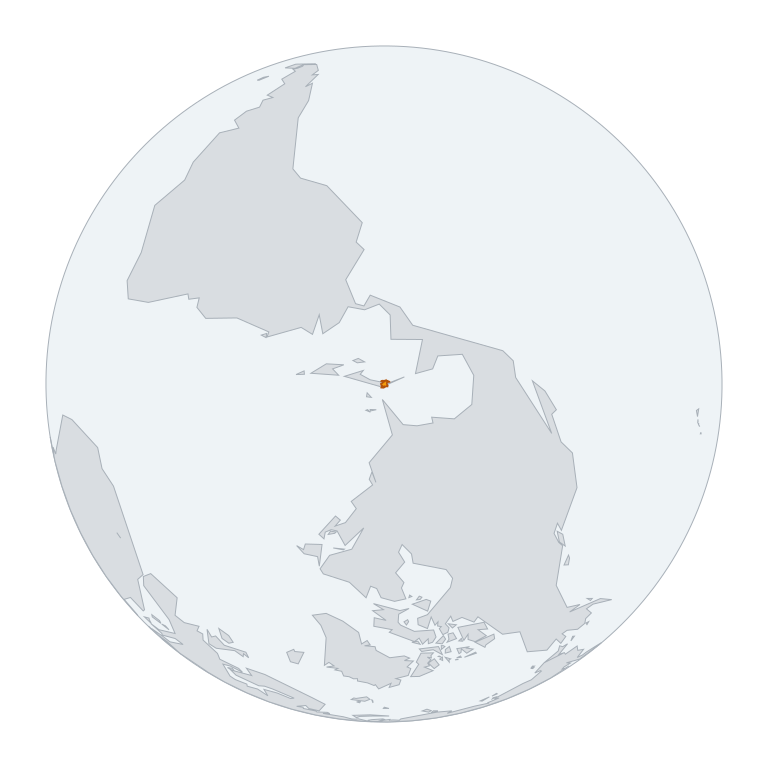 Matanzas highlighted on a globe, orthographic projection, rotated 172°
{"feature_id": "CUB-1430", "entity_name": "Matanzas", "entity_type": "Province", "adm_level": 1, "iso_a3": "CUB", "parent_name": "Cuba", "parent_adm1": "", "projection": "orthographic", "projection_center": [-81.101, 22.655], "detail": "fine", "context": "on_globe", "style": "filled", "palette": "amber", "viewbox_px": 768, "rotation_deg": 172, "n_neighbors": 0, "source": "natural_earth", "source_scale": "10m", "svg_char_len": 11857}
<svg xmlns="http://www.w3.org/2000/svg" viewBox="0 0 768 768"><g transform="rotate(172 384 384)"><circle cx="384" cy="384" r="338" fill="#eef3f6" stroke="#a8b0b8"/><path d="M401.0,467.5L393.0,464.1L385.3,473.9L357.5,458.0L347.4,438.2L261.7,400.4L252.8,389.0L252.7,372.1L224.8,311.7L236.6,366.5L225.6,354.7L216.9,334.5L222.1,330.7L216.7,302.0L207.0,289.5L207.3,254.5L228.7,214.4L231.6,222.0L236.4,212.4L233.0,202.8L229.6,199.0L241.5,160.6L233.8,137.3L220.6,138.4L231.9,132.4L199.6,141.4L188.5,138.8L207.7,136.9L214.8,133.2L210.5,128.4L216.9,123.7L218.5,119.0L226.4,114.2L237.0,114.6L242.4,111.8L239.1,108.7L245.0,102.6L249.0,107.5L259.7,97.8L279.4,98.9L283.9,119.7L301.4,119.7L323.4,140.4L328.0,135.7L339.3,142.0L348.8,139.3L350.2,144.8L356.6,138.0L353.5,133.5L355.3,129.3L360.6,127.6L363.3,134.0L361.0,135.8L364.6,136.9L363.6,141.0L367.1,138.0L369.7,146.7L375.0,135.8L383.7,140.9L383.3,147.3L373.1,149.5L346.6,173.2L343.1,182.1L348.3,191.6L380.1,202.5L380.4,211.9L388.4,222.5L393.0,215.4L388.3,204.8L398.8,195.4L391.9,184.6L395.1,179.6L392.2,168.2L403.8,167.3L416.6,172.8L419.7,182.5L425.4,185.6L431.5,174.8L445.9,192.5L470.5,204.4L473.0,209.9L461.7,221.9L438.9,224.9L424.1,244.3L445.0,229.5L450.9,245.0L456.6,247.1L462.8,245.5L465.0,239.0L469.4,244.3L450.4,260.0L446.2,255.3L452.2,250.1L441.5,252.1L428.8,264.4L432.8,272.3L409.3,285.6L411.9,291.7L408.2,298.6L405.7,287.7L409.7,308.1L382.8,332.4L387.8,368.9L370.7,341.1L357.1,338.0L340.9,338.6L341.4,344.5L319.2,339.7L299.9,351.5L293.9,380.1L302.3,402.5L326.8,404.3L333.7,392.2L351.4,389.9L339.7,422.7L370.9,427.3L368.3,451.5L377.6,463.8L392.9,460.2L408.8,465.5L419.8,451.0L437.6,442.3L438.5,461.6L447.9,443.1L458.2,451.6L493.3,446.8L490.8,451.6L520.5,469.9L551.4,473.8L558.6,485.9L555.0,495.0L565.5,495.1L565.6,500.5L606.0,497.6L625.4,503.9L624.0,522.1L606.1,548.0L586.1,592.8L553.0,613.7L542.0,630.3L511.9,655.6L492.1,657.6L495.3,666.1L482.2,673.3L468.7,675.5L464.3,681.9L454.2,683.2L459.4,686.3L440.5,695.1L442.8,700.1L428.3,706.0L430.3,708.4L425.7,708.7L420.3,710.0L419.0,711.4L406.2,709.8L405.4,703.7L412.0,700.1L406.1,699.7L420.4,689.3L413.0,691.8L419.2,675.2L431.9,659.5L444.3,609.7L438.0,599.5L413.0,588.3L383.1,546.8L391.8,528.4L385.0,519.9L407.4,492.6L401.0,467.5ZM75.8,315.6L78.1,308.1L78.3,314.3L75.8,315.6ZM78.6,302.6L78.0,305.3L78.3,302.8L78.6,302.6ZM78.2,300.2L78.5,301.9L77.8,300.7L78.2,300.2ZM77.2,297.9L77.8,298.8L77.7,299.0L77.2,297.9ZM386.6,381.3L422.2,397.1L402.6,400.3L406.2,396.9L397.1,390.1L380.2,384.1L362.8,388.2L386.6,381.3ZM76.9,292.1L76.9,290.5L77.7,290.6L76.9,292.1ZM401.3,360.7L395.2,359.6L401.1,359.2L401.3,360.7ZM227.1,198.3L232.3,203.2L233.0,214.1L227.9,210.3L227.1,198.3ZM226.6,179.3L230.9,179.7L225.1,188.9L224.5,185.8L226.6,179.3ZM209.7,140.9L212.7,143.4L207.6,142.7L209.7,140.9ZM217.3,119.2L214.4,120.2L216.5,117.5L217.3,119.2ZM386.0,169.7L389.1,169.0L388.0,171.4L386.0,169.7ZM381.9,165.7L378.6,169.0L376.1,167.6L378.2,165.6L381.9,165.7ZM230.5,107.8L234.7,103.6L232.3,107.9L230.5,107.8ZM386.6,162.0L372.2,164.8L367.9,162.5L372.4,153.0L386.6,162.0ZM238.4,101.2L248.4,91.9L242.8,92.9L264.2,85.7L248.6,95.4L246.5,100.3L243.6,99.0L238.4,101.2ZM350.2,132.9L353.7,137.6L345.9,135.5L350.2,132.9ZM344.7,132.7L318.1,134.1L315.5,127.0L325.0,127.6L317.7,120.5L329.6,116.2L336.3,119.3L335.6,124.5L340.6,119.0L344.7,132.7ZM274.4,83.7L278.3,81.9L276.2,84.0L274.4,83.7ZM355.4,127.4L350.2,128.0L347.6,121.8L357.5,119.5L355.2,122.2L355.4,127.4ZM310.0,121.0L309.9,116.4L319.4,111.5L320.7,109.2L329.7,115.6L310.0,121.0ZM358.5,122.8L362.6,118.6L368.6,120.2L360.2,126.5L358.5,122.8ZM342.8,121.3L342.1,118.4L345.7,119.2L342.8,121.3ZM392.4,124.4L386.3,124.6L384.4,121.2L392.4,124.4ZM363.7,117.0L361.6,116.6L360.2,115.5L364.1,113.2L363.7,117.0ZM335.8,112.0L339.8,111.2L332.6,109.1L339.5,105.9L344.3,111.0L345.1,107.5L347.2,106.5L348.7,111.8L335.8,112.0ZM363.8,107.8L372.2,114.0L384.0,113.9L385.9,116.7L366.6,116.4L363.8,107.8ZM354.8,109.6L360.8,109.0L360.2,112.5L355.8,115.0L354.8,109.6ZM342.4,102.2L330.6,105.7L330.0,104.6L342.4,102.2ZM367.3,107.0L365.2,105.6L368.2,106.6L367.3,107.0ZM350.2,102.7L346.1,104.0L345.5,102.6L350.2,102.7ZM364.4,102.0L367.1,103.8L364.1,105.4L364.4,102.0ZM358.0,101.7L358.1,99.6L361.5,104.9L356.2,102.5L358.0,101.7ZM350.3,101.2L348.6,100.8L352.1,100.9L350.3,101.2ZM373.9,95.2L378.9,101.5L372.4,104.9L368.5,98.2L373.9,95.2ZM426.8,713.0L406.9,710.6L418.4,711.7L428.3,709.0L438.0,710.8L426.8,713.0ZM455.1,704.8L465.4,702.2L467.3,702.5L460.6,704.5L455.1,704.8ZM639.3,162.6L633.1,156.0L622.1,144.2L639.3,162.6ZM602.5,126.3L601.8,125.7L597.5,122.1L599.6,124.2L619.6,142.2L623.6,145.8L634.5,158.9L642.2,166.6L648.3,174.3L637.6,164.4L631.9,158.5L619.2,154.0L626.2,161.0L638.6,166.3L638.7,168.0L648.2,179.2L641.0,172.0L625.6,166.0L629.6,180.6L650.0,217.7L649.1,226.9L641.4,228.7L618.6,201.1L623.1,184.0L615.0,175.5L600.9,169.8L603.5,165.6L598.3,161.7L598.8,155.6L586.4,140.4L584.9,134.3L567.5,122.6L564.3,118.3L575.5,126.1L582.5,129.0L577.1,116.2L572.4,112.0L561.6,105.9L561.5,103.8L551.6,99.5L542.4,91.4L545.4,98.3L532.7,92.8L520.4,85.6L516.7,85.4L536.8,97.5L544.4,101.4L550.0,102.6L571.1,116.3L575.6,122.2L555.6,113.7L559.8,121.7L542.4,112.9L498.7,83.3L486.9,75.0L493.7,69.4L503.6,73.1L506.2,76.5L515.4,77.0L509.1,75.1L509.0,73.9L496.9,69.6L496.2,68.6L485.7,66.7L483.5,65.1L490.3,66.3L470.5,60.1L462.6,56.8L458.5,56.0L456.2,56.1L447.8,52.8L445.1,52.4L446.8,53.2L442.5,53.3L431.7,52.5L429.4,51.4L433.0,51.5L437.0,50.7L446.9,52.1L444.9,51.7L435.7,50.3L430.8,51.1L424.9,51.0L425.8,50.0L425.1,50.4L421.4,50.0L415.6,48.9L414.0,50.0L377.2,51.7L362.3,50.9L367.2,49.1L339.0,52.4L324.4,53.4L326.1,53.8L313.7,57.1L318.0,56.7L317.9,57.3L288.0,68.1L279.2,70.6L268.1,77.8L269.0,78.4L274.9,76.8L264.2,85.7L242.8,92.9L242.0,91.2L229.2,97.7L229.2,93.3L223.3,93.5L230.7,86.3L225.4,87.9L220.9,90.4L210.3,95.2L204.5,97.7L207.9,95.6L228.7,84.3L242.2,82.5L238.3,81.7L245.0,78.8L247.2,77.0L244.0,77.3L240.1,79.1L260.1,69.6L283.0,61.5L306.4,55.1L330.3,50.4L354.4,47.4L378.6,46.1L402.9,46.6L427.1,48.8L451.1,52.8L474.7,58.5L497.9,65.8L520.4,74.8L542.3,85.4L563.3,97.6L583.4,111.2L602.5,126.3ZM721.9,378.1L721.4,365.2L720.7,359.0L720.5,367.6L718.8,360.3L717.9,364.0L706.4,398.0L698.0,392.2L676.4,360.9L675.0,339.4L666.1,320.5L649.1,228.8L655.1,224.8L652.6,193.7L654.0,192.8L664.8,207.9L671.3,206.9L661.0,190.9L659.9,188.8L673.7,210.0L685.9,232.1L696.4,255.1L705.1,278.8L712.1,303.1L717.2,327.9L720.5,352.9L721.9,378.1ZM666.2,268.0L669.3,274.0L666.2,268.0ZM494.4,446.4L498.7,449.5L493.1,450.4L494.4,446.4ZM400.1,408.6L407.5,408.7L411.5,411.6L405.9,412.9L400.1,408.6ZM461.5,404.7L469.8,405.6L461.3,408.1L461.5,404.7ZM427.7,399.0L454.9,404.8L438.3,412.0L421.1,408.6L432.8,406.1L427.7,399.0ZM398.4,372.5L403.1,373.8L401.9,377.6L398.4,372.5ZM405.6,360.5L403.8,360.9L401.4,358.0L405.6,360.5ZM452.0,244.1L453.6,243.0L460.2,242.8L457.5,245.7L452.0,244.1ZM486.7,227.0L493.0,236.1L486.7,231.2L484.2,236.5L467.7,233.7L473.4,212.6L473.8,222.3L486.7,227.0ZM447.3,225.4L457.1,228.7L446.2,226.0L447.3,225.4ZM569.3,149.2L573.7,148.9L579.8,154.6L581.6,164.9L572.8,156.5L569.3,149.2ZM578.5,147.5L558.1,137.6L556.1,131.7L560.7,136.5L561.4,133.6L568.9,140.7L587.0,145.7L593.5,151.2L593.4,165.7L589.9,157.5L585.8,157.9L578.5,147.5ZM509.6,131.5L500.7,129.4L507.9,118.8L515.3,122.0L517.7,131.8L510.3,133.8L509.6,131.5ZM397.3,145.7L393.4,147.3L392.7,145.2L395.3,142.2L397.3,145.7ZM389.7,124.7L413.3,137.4L410.1,139.6L427.8,145.5L426.2,153.9L414.8,149.6L426.8,161.1L415.9,160.6L425.0,168.0L399.8,157.4L390.4,158.2L401.5,154.0L403.2,146.1L401.1,142.9L388.3,134.8L369.1,133.5L367.7,126.2L371.8,121.5L376.2,120.7L375.7,125.5L382.0,121.0L384.6,127.4L389.7,124.7ZM421.1,82.8L418.7,86.6L431.7,82.8L434.4,87.5L435.8,86.8L441.9,90.3L451.6,93.6L451.3,95.9L455.2,96.3L459.3,99.0L464.6,100.5L465.9,105.4L472.4,107.7L469.3,108.8L480.3,111.7L472.7,111.8L477.3,116.0L482.2,113.7L476.6,140.9L480.1,153.8L487.1,165.0L473.2,164.9L457.8,154.9L443.7,141.5L442.4,129.7L436.4,132.3L434.0,127.6L439.7,127.5L429.4,125.1L428.9,121.3L416.4,112.1L401.8,111.9L396.8,109.0L402.3,107.3L393.5,105.6L400.5,100.6L397.1,98.5L400.6,92.0L413.2,90.6L408.5,88.5L410.9,84.1L421.1,82.8ZM375.3,93.3L389.7,89.5L398.3,90.5L388.6,101.6L390.7,104.1L384.8,112.3L372.5,110.9L375.3,108.6L375.2,106.2L379.1,107.5L375.9,104.6L379.6,101.5L378.2,98.6L383.3,98.0L375.3,93.3ZM649.3,184.9L649.2,183.2L647.7,179.2L653.6,186.7L649.3,184.9ZM639.2,180.9L638.2,178.0L645.9,185.6L646.0,187.9L639.2,180.9ZM631.1,170.5L637.6,177.3L634.1,174.9L631.1,170.5ZM573.9,123.6L572.1,120.7L574.4,121.8L578.5,125.0L573.9,123.6ZM460.3,76.1L457.6,77.3L455.4,76.5L444.7,76.6L441.8,73.7L447.2,72.5L460.3,76.1ZM648.6,173.8L650.9,177.1L649.3,175.0L648.4,173.6L648.6,173.8ZM455.4,73.0L451.3,73.2L452.4,71.7L455.4,73.0ZM439.1,71.7L439.3,69.7L440.2,73.4L439.1,71.7ZM425.1,54.5L443.3,57.0L454.4,58.2L457.7,57.4L460.9,60.2L443.6,58.3L425.1,54.5ZM383.3,51.8L380.5,53.5L376.5,52.9L376.6,52.4L383.3,51.8ZM385.3,52.8L391.6,54.9L386.7,56.0L382.7,54.0L385.3,52.8ZM424.2,62.0L429.8,62.8L428.7,63.9L424.2,62.0ZM276.3,81.5L278.2,81.9L274.4,82.8L276.3,81.5ZM320.6,57.1L319.7,58.1L315.3,58.7L320.6,57.1ZM315.0,61.4L320.5,59.9L315.6,62.0L315.0,61.4ZM332.8,56.8L323.2,59.5L331.0,56.3L332.8,56.8Z" fill="#d9dde1" stroke="#a8b0b8" stroke-width="1"/><path d="M380.8,381.0L381.0,381.0L381.3,381.0L381.5,381.1L381.7,381.3L381.6,381.5L381.8,381.6L381.9,381.4L382.0,381.4L382.5,381.3L382.5,381.2L383.0,381.1L383.3,381.0L383.4,380.9L383.7,380.7L383.8,380.8L383.6,380.9L383.4,380.9L383.1,381.1L383.2,381.3L383.5,381.7L383.7,381.8L383.8,381.8L383.9,381.7L384.0,381.6L384.1,381.4L384.3,381.3L384.6,381.4L384.6,381.5L384.8,381.6L385.0,381.6L385.9,381.4L386.0,381.4L386.4,381.4L386.5,381.4L386.6,381.2L386.8,381.1L386.7,381.1L386.6,381.4L386.8,381.5L386.7,381.6L386.6,381.9L386.6,382.0L386.4,382.1L386.2,382.1L386.0,382.3L386.0,382.5L385.9,382.6L386.0,382.7L386.0,382.8L386.1,383.0L386.4,383.2L386.5,383.1L386.8,383.0L386.9,383.3L387.0,383.4L387.0,383.5L386.9,383.6L387.0,383.8L386.9,384.1L387.0,384.3L387.1,384.5L387.0,384.8L386.9,385.0L386.6,385.1L386.0,385.1L385.9,385.1L385.5,385.0L385.4,385.0L385.2,385.2L385.0,385.3L384.9,385.4L385.0,385.4L385.0,385.5L384.9,385.7L384.9,385.8L385.0,385.8L385.0,386.0L384.9,386.2L384.9,386.3L385.0,386.4L385.1,386.5L385.3,386.8L385.5,386.9L385.6,387.0L385.8,387.1L386.0,387.2L386.3,387.2L386.5,387.1L386.7,387.3L386.7,387.5L386.8,387.5L386.5,387.5L385.9,387.5L385.1,387.6L384.6,387.5L384.3,387.4L384.1,387.4L383.9,387.2L383.8,386.9L383.8,386.5L383.6,386.3L383.6,386.2L383.4,386.2L383.4,386.3L383.5,386.6L383.5,387.3L383.4,387.5L383.4,387.4L383.4,387.2L383.2,387.0L383.0,387.3L382.9,387.3L382.9,387.2L382.8,387.3L382.7,387.3L382.5,387.2L382.4,386.9L382.2,386.8L381.9,386.8L381.9,386.7L381.7,386.6L381.5,386.8L381.4,386.8L381.4,386.7L381.2,386.6L380.9,386.7L380.7,386.7L380.4,386.7L380.4,386.8L380.1,386.8L380.1,386.7L379.9,386.6L379.8,386.4L379.0,386.0L378.9,386.0L378.8,385.9L378.7,385.8L378.5,385.7L378.4,385.7L378.2,385.5L378.2,385.4L378.3,385.4L378.5,385.3L379.1,385.3L379.3,385.3L379.6,385.3L379.8,385.3L380.0,385.3L380.5,385.2L380.8,385.1L381.0,385.0L381.0,384.9L381.0,384.7L381.0,384.4L381.2,384.2L381.3,384.1L381.3,383.8L381.3,383.7L381.2,383.6L381.0,383.4L381.0,383.2L380.9,383.1L380.8,382.8L380.8,382.6L380.9,382.4L380.7,382.2L380.6,381.9L380.8,381.8L380.8,381.7L380.7,381.7L380.8,381.5L380.8,381.2L380.8,381.0ZM385.5,380.9L385.6,381.0L385.4,381.2L385.1,381.1L384.7,381.3L384.8,381.2L385.1,381.0L385.3,381.0L385.3,380.9L385.5,381.0L385.5,380.9ZM387.3,380.8L387.3,381.0L387.2,381.0L387.1,380.9L386.9,380.9L386.9,380.7L387.0,380.7L387.0,380.8L387.3,380.8ZM385.8,380.7L386.1,380.8L385.8,380.8L385.7,380.8L385.4,380.7L385.6,380.7L385.8,380.7ZM385.2,380.5L384.9,380.5L384.9,380.4L385.0,380.4L385.2,380.5L385.2,380.5ZM381.5,387.5L381.4,387.6L381.3,387.4L381.5,387.5ZM386.3,380.7L386.4,380.8L386.2,380.9L386.3,380.7L386.3,380.7Z" fill="#f59e0b" stroke="#b45309" stroke-width="1.5"/></g></svg>